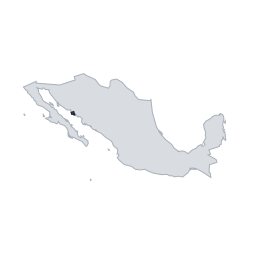 San Ignacio Río Muerto, Sonora, Mexico shown in context, rotated 342°
{"feature_id": "50627088B1433623777217", "entity_name": "San Ignacio Río Muerto", "entity_type": "district", "adm_level": 2, "iso_a3": "MEX", "parent_name": "Mexico", "parent_adm1": "Sonora", "projection": "equal_earth", "projection_center": [-110.31, 27.326], "detail": "fine", "context": "in_parent", "style": "filled", "palette": "slate", "viewbox_px": 256, "rotation_deg": 342, "n_neighbors": 0, "source": "geoboundaries", "source_scale": "gbopen_adm2", "svg_char_len": 4179}
<svg xmlns="http://www.w3.org/2000/svg" viewBox="0 0 256 256"><g transform="rotate(342 128 128)"><path d="M41.2,56.7L55.1,55.3L54.5,56.9L76.3,66.0L92.7,66.0L92.7,62.5L102.8,62.6L104.6,65.1L111.9,71.8L113.7,77.4L115.1,79.6L121.8,84.1L123.9,82.4L125.5,78.2L127.4,77.3L132.3,78.0L136.5,82.7L139.4,89.4L144.2,95.5L144.6,99.4L146.9,104.2L157.3,108.7L158.6,108.0L156.0,120.6L155.4,135.6L156.0,138.9L158.8,143.3L158.3,145.6L158.4,143.2L156.1,139.5L156.9,143.0L159.8,150.1L164.4,157.0L165.6,161.3L168.8,165.7L167.9,165.6L169.8,166.6L169.2,166.0L172.5,166.5L174.8,168.0L177.0,170.9L182.4,168.7L186.5,168.4L189.1,166.7L191.9,166.4L192.5,167.0L192.4,167.9L194.7,168.5L196.2,167.2L195.7,164.9L195.0,165.5L195.2,165.0L199.2,161.2L199.4,158.1L200.5,156.4L200.4,151.4L201.0,147.8L204.1,145.6L209.7,144.5L212.1,143.2L214.9,142.9L219.5,144.2L219.8,143.4L218.6,143.4L220.2,142.8L222.1,144.4L222.5,146.6L221.8,149.6L219.0,154.1L219.0,157.1L217.6,158.9L217.9,159.6L219.2,159.3L217.9,161.2L218.0,162.0L218.9,161.7L217.4,169.3L217.0,170.0L215.9,168.3L215.6,165.4L214.4,168.4L213.0,168.6L211.5,172.5L209.5,172.5L209.3,173.8L198.2,173.8L198.4,178.4L195.8,178.3L202.1,185.4L202.0,188.1L194.2,188.1L191.5,194.6L192.3,196.3L191.5,200.7L185.6,193.2L180.8,188.2L178.0,186.3L177.7,186.8L180.3,188.5L176.2,187.0L176.5,185.8L175.4,186.3L174.7,185.2L174.0,186.4L175.4,186.9L173.3,187.2L171.4,188.9L165.0,191.5L160.9,189.4L157.4,188.9L155.0,187.0L152.6,186.2L151.1,184.3L145.4,182.7L138.3,178.8L133.6,175.1L131.6,172.6L126.9,171.7L122.3,169.6L119.4,165.5L113.1,161.6L109.8,156.1L108.6,152.8L111.0,151.2L110.6,149.8L109.5,149.4L111.1,146.9L111.3,143.9L109.9,142.8L108.6,139.8L108.6,137.1L107.7,134.7L103.9,130.1L100.7,124.6L95.7,119.9L97.1,120.8L97.2,119.8L94.6,118.8L92.6,115.0L94.0,115.2L90.1,112.6L89.6,111.4L88.1,111.9L87.9,111.3L89.0,109.8L87.1,111.0L86.0,109.9L85.8,107.5L87.1,105.3L87.6,105.7L86.6,103.5L85.4,102.1L83.8,102.2L82.7,99.2L80.7,98.5L79.5,97.3L78.7,94.7L79.2,93.0L75.8,92.2L69.7,83.9L69.3,82.0L68.4,81.4L64.6,71.2L64.2,68.2L64.7,67.2L61.3,65.9L60.6,64.2L59.5,63.7L58.3,64.6L53.8,61.6L54.6,63.6L54.0,67.3L55.0,70.4L55.8,76.1L60.4,81.2L61.8,84.7L62.5,84.5L62.9,85.6L63.6,85.7L64.2,87.9L65.5,88.6L66.3,93.3L68.6,95.7L69.4,98.3L70.5,99.2L71.3,102.4L72.3,103.1L71.8,100.8L73.1,102.1L74.7,109.4L76.2,111.5L78.3,116.7L78.0,119.0L78.4,120.9L80.2,122.9L80.8,120.9L85.9,127.8L85.4,130.4L83.5,132.3L82.4,132.5L80.2,126.8L72.3,119.2L71.6,119.3L70.0,117.0L69.7,115.3L70.2,111.8L69.5,108.4L68.3,106.0L64.5,103.1L63.7,100.2L63.0,101.5L61.1,102.0L59.7,100.1L56.1,98.1L55.6,96.4L53.0,94.0L52.7,93.2L55.4,93.6L57.0,92.9L57.0,93.7L58.4,94.5L57.9,92.6L57.3,92.5L58.6,88.6L53.5,81.4L49.2,78.2L48.5,76.6L48.5,73.9L47.4,73.1L47.1,70.1L45.8,68.8L45.6,67.0L43.8,64.2L43.4,62.9L44.1,62.0L42.8,60.9L41.2,56.7ZM69.4,84.1L69.0,85.9L67.6,85.3L68.2,82.5L69.0,82.2L69.4,84.1ZM63.9,83.7L61.9,81.7L61.4,79.6L62.4,80.3L62.6,81.5L63.6,81.7L63.9,83.7ZM221.9,153.5L221.4,152.8L221.6,152.0L222.8,151.2L221.9,153.5ZM70.1,119.3L68.7,117.4L69.5,113.4L69.3,117.0L70.1,119.3ZM51.9,91.4L50.9,91.1L51.6,89.0L52.1,90.6L51.9,91.4ZM34.1,84.6L33.2,83.2L33.4,82.6L33.7,82.7L34.1,84.6ZM71.3,119.4L72.2,120.9L70.4,119.4L71.3,119.4ZM103.5,142.9L103.3,143.6L102.8,143.3L102.6,142.2L103.5,142.9ZM78.8,115.3L79.2,116.5L78.2,115.0L78.8,115.3ZM75.4,107.4L75.9,107.9L75.1,109.0L75.4,107.4ZM76.9,166.2L76.5,166.4L76.0,165.9L76.4,165.2L76.9,166.2ZM193.9,166.4L192.9,166.7L194.6,166.0L193.9,166.4ZM83.6,122.2L83.1,122.1L83.0,120.9L83.6,122.2Z" fill="#d9dde1" stroke="#a8b0b8" stroke-width="1"/><path d="M81.3,95.7L81.2,95.7L80.9,95.7L80.7,95.7L80.3,95.7L80.2,95.7L79.9,95.7L79.7,95.7L79.4,95.7L79.2,95.7L78.9,95.7L78.9,95.8L78.9,96.0L78.9,96.3L78.9,96.5L78.8,96.8L78.8,97.0L78.8,97.3L79.0,97.4L79.0,97.5L79.3,97.5L79.5,97.5L79.8,97.7L79.9,97.8L80.0,97.9L80.0,98.0L80.3,98.3L80.4,98.5L80.5,98.5L80.8,98.7L81.0,98.7L81.0,98.8L81.0,98.7L81.1,98.8L81.1,98.7L81.1,98.8L81.1,98.7L81.2,98.8L81.3,98.8L81.2,98.8L81.2,98.7L81.3,98.7L81.2,98.7L81.3,98.7L81.3,98.4L81.4,98.2L81.5,98.1L81.5,97.9L81.4,97.8L81.3,97.7L81.3,97.4L81.3,97.2L81.3,96.9L81.3,96.7L81.3,96.4L81.3,96.2L81.3,95.9L81.3,95.7L81.3,95.7Z" fill="#64748b" stroke="#1e293b" stroke-width="1.5"/></g></svg>